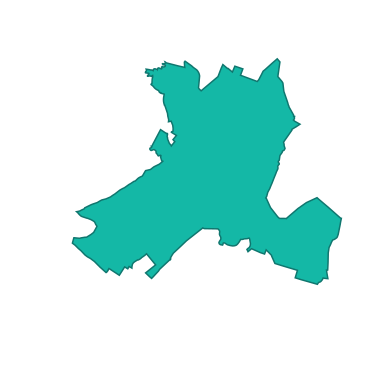 outline of Cauas, Satu Mare, Romania, rotated 249°
{"feature_id": "2599482B72744366399171", "entity_name": "Cauas", "entity_type": "district", "adm_level": 2, "iso_a3": "ROU", "parent_name": "Romania", "parent_adm1": "Satu Mare", "projection": "albers", "projection_center": [22.564, 47.598], "detail": "fine", "context": "isolated", "style": "filled", "palette": "teal", "viewbox_px": 384, "rotation_deg": 249, "n_neighbors": 0, "source": "geoboundaries", "source_scale": "gbopen_adm2", "svg_char_len": 5997}
<svg xmlns="http://www.w3.org/2000/svg" viewBox="0 0 384 384"><g transform="rotate(249 192 192)"><path d="M216.6,317.1L221.2,313.3L222.8,312.5L223.7,313.9L224.7,314.1L225.5,314.8L225.8,314.9L226.1,314.2L226.3,314.0L227.2,314.4L227.6,314.4L236.4,313.1L237.8,313.2L238.5,313.1L241.5,313.4L253.0,313.8L261.1,315.9L262.9,315.6L269.0,313.5L281.9,320.7L285.8,319.3L283.4,312.7L280.0,303.9L279.3,301.7L276.8,299.0L273.0,294.7L272.8,294.4L271.8,292.5L283.6,279.1L288.7,283.6L294.1,277.1L289.5,272.7L294.5,269.9L294.6,269.7L294.6,269.4L299.9,266.5L297.3,263.8L290.4,257.6L283.2,236.8L285.2,235.8L286.5,235.4L286.9,235.4L297.6,240.7L299.4,241.0L300.9,241.0L302.8,240.7L304.3,240.2L307.8,237.9L310.0,236.8L316.6,232.4L316.0,231.4L312.2,230.2L310.9,229.9L314.8,224.1L321.7,214.4L322.3,213.9L322.8,213.8L323.0,213.6L322.1,213.7L321.8,213.4L321.7,213.1L321.8,212.5L321.7,211.4L322.3,210.8L322.3,210.6L322.2,210.3L321.6,210.5L320.9,211.0L320.4,212.1L320.2,212.4L319.9,212.5L319.6,212.5L318.9,211.9L318.8,211.7L318.8,211.3L318.8,210.8L318.9,210.3L319.0,210.0L319.9,209.2L319.5,208.4L319.2,208.3L318.3,208.2L318.0,208.0L317.9,207.7L318.0,207.4L319.8,205.4L319.8,205.1L319.8,204.5L318.9,203.7L319.1,203.7L319.1,203.1L319.3,202.8L319.9,202.2L320.2,201.7L320.5,201.0L320.5,200.6L320.3,200.0L319.2,199.2L320.3,198.2L320.8,197.0L321.6,195.9L322.2,194.8L322.7,194.0L323.1,193.2L322.2,193.2L321.7,193.0L321.4,192.7L320.9,191.8L320.4,191.4L320.0,191.3L319.8,191.5L318.4,194.0L318.2,194.2L317.8,194.2L317.5,193.9L316.7,192.5L316.3,192.0L316.0,192.0L315.8,192.4L315.7,193.2L315.6,193.8L315.5,194.1L315.2,194.7L314.5,195.5L314.4,195.7L314.5,196.0L314.8,196.4L314.9,196.7L314.9,197.0L313.6,196.6L311.7,195.3L307.9,193.6L307.7,193.5L307.4,192.6L307.3,192.4L307.0,192.3L305.5,193.2L304.7,193.6L303.6,194.0L303.1,194.1L301.6,194.8L300.5,195.5L298.8,197.0L297.7,197.3L296.8,197.3L295.9,198.4L295.6,198.1L294.6,199.3L293.5,201.0L293.3,201.1L290.1,199.2L288.3,198.4L286.4,197.8L285.2,197.6L283.3,197.4L283.3,197.6L280.5,197.6L274.2,197.3L271.4,196.6L267.7,196.1L266.0,195.2L265.6,197.9L261.1,197.9L258.3,197.2L255.6,196.1L255.5,194.3L255.5,194.0L255.6,193.8L250.4,197.7L247.7,193.0L245.2,194.0L242.4,189.2L243.5,189.1L245.5,188.3L250.1,188.2L251.2,188.6L252.9,188.7L254.5,189.8L255.4,190.0L255.8,189.5L255.6,189.2L261.5,185.0L250.5,172.4L249.2,171.0L249.3,170.5L249.1,170.6L248.5,170.5L248.1,170.1L248.0,169.6L248.0,168.7L247.9,168.4L247.4,168.1L247.1,168.0L246.5,168.1L246.1,168.2L245.4,168.7L245.3,169.5L245.4,170.8L245.3,171.2L245.1,171.9L244.4,172.4L243.7,172.8L243.3,173.0L242.9,173.0L242.1,172.7L241.2,172.5L239.9,173.0L237.9,173.4L237.7,173.7L237.7,175.4L237.6,175.7L237.3,176.0L236.9,176.0L236.0,175.2L232.2,174.9L231.9,175.0L231.2,175.7L230.8,174.8L229.7,171.5L229.2,165.8L229.0,164.9L227.9,161.3L228.6,156.3L224.7,151.4L224.5,148.6L224.3,147.3L224.0,146.3L222.6,143.0L222.7,142.5L222.7,141.4L221.9,138.0L221.6,135.9L220.3,130.9L220.1,129.3L220.1,128.5L219.6,125.2L217.8,119.3L217.2,116.3L216.6,114.2L216.5,111.6L216.4,109.2L216.6,107.5L216.9,105.0L216.7,103.2L216.1,99.7L216.3,95.2L216.3,93.5L215.7,86.3L214.9,85.2L214.8,83.1L214.7,81.8L214.6,81.5L214.5,80.6L214.7,78.7L215.0,77.2L212.8,78.3L212.6,78.2L210.9,78.9L209.2,79.8L208.4,80.6L205.6,84.0L204.7,85.3L202.4,87.8L199.8,89.9L198.6,90.4L196.3,90.5L194.1,91.0L193.9,90.9L193.4,90.3L189.6,85.8L189.4,85.3L188.5,82.3L187.6,77.4L187.7,76.9L188.1,76.0L188.9,72.1L189.1,70.4L191.5,65.6L191.6,65.3L187.1,62.0L184.2,63.8L179.9,65.7L177.0,67.3L171.6,69.5L168.9,71.2L166.4,73.3L162.1,76.0L157.3,78.1L155.8,78.8L155.4,78.9L152.7,80.3L147.6,82.9L147.6,83.0L147.6,83.4L148.7,85.3L148.9,85.2L150.3,87.1L140.3,94.3L146.2,102.3L143.3,104.5L145.0,106.6L142.5,108.6L143.5,109.0L145.0,109.9L146.2,110.8L147.0,112.1L147.5,113.7L148.1,117.0L147.9,117.2L147.8,117.6L148.0,119.2L148.4,120.6L148.8,121.4L149.7,125.1L150.6,127.4L137.0,131.9L133.1,119.7L128.0,122.1L125.8,123.3L126.8,125.5L130.2,132.4L131.4,134.0L136.2,145.8L136.6,147.0L136.4,147.2L137.1,148.2L137.9,148.0L140.0,150.5L141.6,152.7L145.4,162.1L148.5,169.5L154.5,188.9L154.6,189.2L153.7,190.0L153.4,190.4L148.3,203.0L146.6,203.7L145.8,203.8L145.0,203.6L142.8,202.5L141.8,202.4L139.8,202.6L138.7,202.5L137.4,201.8L136.7,200.8L136.1,199.9L135.1,199.0L134.5,198.9L133.9,198.9L133.6,199.0L132.8,199.5L132.5,199.9L131.5,201.5L131.6,201.8L132.2,202.2L133.1,202.8L133.1,203.5L133.0,203.8L132.6,204.3L130.1,206.1L128.6,208.1L128.2,208.7L127.2,210.4L126.9,211.2L126.5,212.7L126.5,214.5L127.3,216.3L128.7,218.5L130.3,220.4L130.2,220.7L129.8,221.6L129.6,222.5L129.5,224.2L128.8,226.3L128.6,227.3L128.6,228.3L128.6,228.6L128.3,229.0L126.9,228.9L122.9,228.1L121.7,227.5L120.8,226.9L119.8,225.7L119.6,225.3L119.3,224.1L118.7,222.7L116.2,222.9L117.7,227.3L110.9,234.1L108.1,237.5L111.4,240.5L104.7,243.4L104.2,243.5L103.6,243.4L95.6,243.8L95.4,244.0L94.3,245.4L90.2,250.6L81.1,262.4L74.9,257.6L71.1,262.4L60.9,276.0L61.7,277.0L62.2,278.2L62.1,279.5L62.2,279.9L62.4,280.5L63.5,282.4L64.1,283.0L64.7,283.5L63.8,285.0L62.4,287.8L69.1,289.1L70.8,289.6L70.6,289.8L70.5,290.0L70.5,290.7L77.1,293.6L86.4,297.4L91.1,300.1L93.1,302.3L94.9,304.0L96.7,306.0L96.8,306.3L96.7,307.2L96.9,308.9L97.4,310.7L98.0,311.6L99.0,312.4L99.9,313.2L108.4,318.6L110.6,319.9L113.9,322.0L114.1,321.6L114.3,321.4L116.5,320.2L128.4,314.0L139.9,307.7L141.9,306.7L141.1,295.0L138.6,285.0L133.4,270.4L133.6,270.3L136.0,264.2L137.9,263.2L139.5,262.7L149.3,259.7L159.3,259.1L160.0,258.7L161.0,260.0L161.6,260.5L164.4,262.5L164.9,263.0L167.3,265.8L169.6,267.9L171.3,269.6L175.8,273.7L179.2,276.9L180.4,277.9L182.9,280.5L184.1,281.0L184.9,281.1L185.6,281.6L186.1,282.2L186.6,283.3L187.1,283.6L187.8,283.6L188.7,283.3L189.2,283.3L189.9,283.8L190.2,284.6L190.8,285.1L192.1,285.8L194.4,287.1L194.7,287.4L196.6,290.3L197.0,290.6L197.7,291.0L197.8,291.3L197.9,292.4L198.0,292.9L199.2,294.4L199.6,294.5L202.2,294.6L203.3,295.0L204.5,295.2L205.6,295.3L205.8,295.4L213.7,307.1L214.0,307.5L214.7,307.7L215.9,314.1L216.6,317.1Z" fill="#14b8a6" stroke="#0f766e" stroke-width="1.5"/></g></svg>